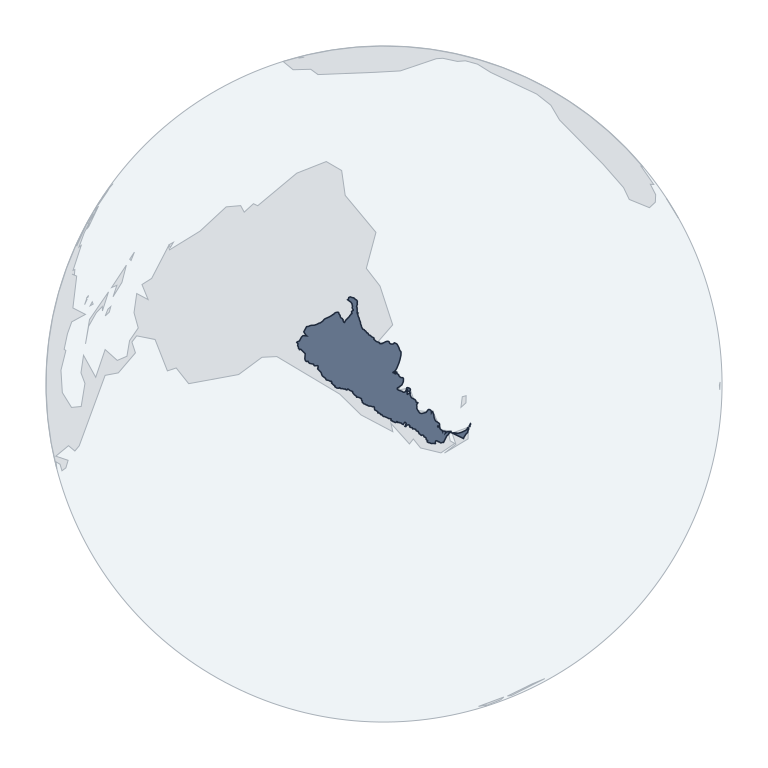 Argentina on an orthographic globe, rotated 298°
{"feature_id": "ARG", "entity_name": "Argentina", "entity_type": "country or territory", "adm_level": 0, "iso_a3": "ARG", "parent_name": "South America", "parent_adm1": "", "projection": "orthographic", "projection_center": [-65.46, -38.417], "detail": "fine", "context": "on_globe", "style": "filled", "palette": "slate", "viewbox_px": 768, "rotation_deg": 298, "n_neighbors": 0, "source": "natural_earth", "source_scale": "50m", "svg_char_len": 9223}
<svg xmlns="http://www.w3.org/2000/svg" viewBox="0 0 768 768"><g transform="rotate(298 384 384)"><circle cx="384" cy="384" r="338" fill="#eef3f6" stroke="#a8b0b8"/><path d="M412.7,47.3L404.4,46.8L380.5,46.2L361.3,47.9L385.6,46.4L388.0,47.6L393.4,48.0L400.2,48.1L403.9,47.7L407.2,48.4L384.4,49.4L381.0,48.7L388.3,48.1L377.0,48.3L361.7,50.4L364.2,51.6L338.4,56.1L339.9,57.3L335.1,59.4L334.5,56.9L335.0,62.0L305.1,73.6L305.3,87.7L292.3,79.1L279.8,80.9L264.5,85.3L264.2,87.4L244.5,92.3L225.4,104.0L216.6,119.1L222.0,127.2L244.1,119.7L251.6,111.2L268.3,105.2L254.6,126.3L283.5,121.6L279.6,137.4L287.8,144.0L302.8,139.0L318.1,140.7L329.6,129.8L347.8,123.2L347.8,136.1L358.2,123.6L368.2,129.3L404.7,128.9L401.8,131.7L432.6,149.8L466.3,161.5L474.2,173.7L470.1,179.9L481.9,184.1L482.1,188.8L529.2,208.0L553.3,228.6L552.6,246.4L532.3,261.2L514.1,305.7L477.8,314.1L468.6,334.5L440.3,363.9L418.3,358.8L424.7,377.0L412.6,386.8L398.3,386.7L396.1,399.6L385.5,399.6L392.7,408.5L376.4,426.0L381.9,441.0L370.3,456.3L374.3,465.5L369.6,465.3L364.9,469.1L364.7,474.4L349.9,466.6L344.7,446.3L349.2,435.7L343.0,434.6L352.5,408.6L346.0,414.2L345.9,378.2L354.3,349.7L357.9,276.5L350.3,263.7L324.1,251.2L292.6,211.4L300.6,193.0L293.9,186.6L315.8,161.0L310.4,143.0L302.7,141.7L294.8,149.9L269.1,144.2L260.7,133.7L186.3,143.9L179.7,142.5L181.4,134.4L166.2,128.1L168.3,140.9L160.6,142.5L156.2,140.4L161.0,135.7L161.3,130.9L155.7,134.9L156.6,134.0L175.9,117.7L196.4,102.9L218.0,89.7L240.4,78.1L263.7,68.2L287.6,60.1L312.1,53.8L337.0,49.4L362.2,46.8L387.4,46.1L412.7,47.3ZM302.7,93.7L336.0,97.5L316.3,101.1L320.2,98.9L311.9,96.5L296.3,96.1L279.3,101.6L302.7,93.7ZM319.3,82.1L313.5,82.4L319.3,81.5L319.3,82.1ZM375.0,484.0L351.4,469.8L364.5,475.8L372.6,467.2L385.4,478.7L375.0,484.0ZM399.5,462.9L409.5,459.1L412.2,462.0L405.9,465.2L399.5,462.9ZM697.2,510.9L696.9,508.8L686.8,528.5L685.4,525.4L678.7,535.0L671.9,538.2L664.3,535.6L662.1,513.9L669.9,503.3L680.9,474.3L699.5,415.1L708.5,400.4L711.7,382.7L709.2,332.2L710.3,316.4L707.6,304.2L703.3,297.4L699.2,283.0L695.8,277.5L668.1,251.4L654.6,229.1L626.2,180.4L627.5,171.6L618.8,156.2L621.4,143.5L638.4,161.6L654.1,180.9L668.3,201.3L680.9,222.7L692.0,244.9L701.4,267.9L709.0,291.6L714.9,315.7L719.1,340.2L721.4,365.0L721.9,389.8L720.5,414.6L717.4,439.3L712.4,463.6L705.7,487.5L697.2,510.9ZM631.6,155.5L634.4,159.2L634.4,159.3L631.6,155.5ZM405.9,128.7L410.2,131.5L404.4,131.3L405.9,128.7ZM313.2,105.9L320.4,105.1L324.1,106.4L318.5,107.7L313.2,105.9ZM374.8,100.9L383.3,101.7L374.3,102.7L374.8,100.9ZM341.3,98.2L368.0,100.7L350.7,104.9L333.8,103.8L345.7,101.8L341.3,98.2ZM315.1,87.8L319.6,87.8L318.0,89.7L315.1,87.8ZM323.5,81.5L321.8,81.9L319.7,80.9L323.5,81.5ZM389.4,47.5L391.3,47.5L398.0,47.7L394.6,47.8L389.4,47.5ZM418.5,47.8L416.8,47.8L429.3,49.4L433.8,50.7L428.2,49.5L424.3,49.4L407.8,47.6L417.7,47.8L418.5,47.8ZM388.9,46.3L398.1,46.7L387.6,46.2L388.9,46.3ZM543.6,679.8L536.5,683.2L540.4,680.7L543.6,679.8ZM668.7,566.0L672.7,559.4L680.6,545.9L668.7,566.0ZM168.6,642.6L166.4,639.4L176.1,646.5L188.9,655.7L199.4,664.3L168.6,642.6ZM159.9,635.2L151.1,627.8L146.5,624.3L149.1,625.7L143.7,618.8L163.9,636.8L159.9,635.2Z" fill="#d9dde1" stroke="#a8b0b8" stroke-width="1"/><path d="M423.9,337.3L422.4,339.6L422.6,340.3L422.6,341.2L422.1,341.8L422.2,342.6L422.1,343.1L421.1,344.8L421.4,345.5L421.1,346.4L420.3,347.2L420.3,348.8L420.5,349.1L419.9,350.9L420.0,353.3L419.5,353.9L418.9,353.9L418.7,354.1L417.9,357.3L418.4,360.4L417.7,361.0L417.9,362.0L418.7,363.3L422.1,365.6L423.2,366.7L423.7,367.8L423.7,368.6L422.7,369.8L422.5,370.9L422.9,372.3L423.7,373.3L424.3,373.7L425.2,373.7L425.3,374.0L425.4,376.1L425.3,376.7L425.0,377.3L423.1,380.1L421.5,381.7L420.9,382.6L420.6,383.6L420.1,384.1L417.5,385.4L413.6,386.5L409.8,387.3L403.9,387.9L401.7,387.8L400.6,387.5L399.6,387.2L399.0,386.6L398.4,386.5L398.2,386.8L398.5,387.6L398.3,388.6L398.4,389.1L399.5,389.9L398.9,389.9L399.4,390.4L399.1,392.6L398.4,393.0L397.8,394.7L397.6,395.7L397.8,396.3L398.4,397.6L398.1,398.4L397.7,398.8L395.1,400.0L392.2,400.2L391.5,400.2L388.8,398.8L386.7,398.1L386.9,397.8L386.6,397.7L385.7,398.1L385.5,398.5L385.4,399.9L385.9,402.6L386.0,403.6L385.8,404.9L386.1,405.7L387.7,406.7L388.0,406.6L387.9,407.2L387.9,407.6L388.5,407.7L389.9,407.5L390.1,406.7L389.3,406.6L389.4,406.4L391.3,405.9L391.8,406.3L392.0,406.9L392.1,407.6L392.0,409.3L391.6,409.9L390.2,410.3L389.7,410.2L388.9,408.5L388.2,408.2L387.5,408.3L386.8,408.9L386.1,409.0L385.9,409.6L387.6,410.5L388.9,410.8L388.4,411.4L386.7,412.1L384.9,414.4L384.7,415.6L384.9,417.2L384.6,417.8L384.8,418.5L384.4,419.7L383.2,420.8L383.0,421.5L383.4,422.0L383.3,422.8L381.0,422.5L379.3,423.8L377.9,424.3L376.6,426.2L375.2,429.0L375.3,430.3L375.7,431.3L378.7,434.5L381.8,435.0L382.4,435.3L382.9,436.4L382.7,437.7L382.3,438.5L381.0,439.3L382.1,439.3L382.4,439.4L382.6,439.9L382.2,440.1L380.3,442.3L377.9,444.0L376.2,445.9L375.4,447.6L375.5,448.1L375.2,451.1L374.7,451.9L373.4,452.6L372.5,451.9L371.8,450.6L371.9,451.3L371.9,451.7L370.7,452.1L372.1,452.1L372.8,452.9L370.9,454.3L370.4,455.5L370.3,457.1L369.5,458.1L370.1,457.9L370.7,459.6L370.9,460.4L370.8,461.0L369.3,461.3L370.4,461.7L370.9,461.5L371.2,461.8L373.4,465.3L373.3,465.6L373.2,465.2L370.4,464.4L369.4,464.5L367.7,463.8L360.4,464.0L360.4,463.5L359.2,462.5L358.6,461.7L358.8,460.3L358.8,459.8L358.4,459.1L358.7,458.7L358.7,458.0L358.4,456.7L357.7,456.4L357.3,456.6L356.4,456.7L355.6,457.4L355.4,457.3L354.6,455.2L353.7,453.9L353.5,452.7L353.6,452.0L353.1,450.8L353.1,450.1L353.3,449.7L353.3,449.2L354.6,449.0L354.5,448.4L354.8,447.3L355.9,446.6L356.3,445.9L356.3,445.2L356.1,444.4L356.5,443.7L357.0,443.4L357.2,442.6L357.0,441.9L356.7,441.4L356.2,441.2L356.2,440.6L356.7,438.8L356.6,438.3L357.5,437.4L357.7,436.8L358.2,436.5L357.9,435.4L357.9,434.4L358.8,433.2L358.4,431.3L357.8,430.4L358.6,429.7L358.7,429.2L358.2,428.5L358.1,427.0L358.3,426.7L359.1,426.6L359.1,426.1L359.6,425.5L359.6,424.9L358.4,423.5L356.6,423.2L356.4,422.4L359.7,422.1L360.1,420.9L360.1,420.5L359.8,420.2L357.2,420.0L357.2,418.4L357.6,417.4L357.1,416.4L357.3,416.0L357.2,415.4L356.5,414.5L356.4,414.0L357.0,413.7L357.0,413.3L356.9,412.9L355.7,412.6L355.2,412.0L355.3,410.7L355.0,409.6L355.4,408.9L355.0,407.9L355.0,407.6L355.4,407.0L356.1,407.0L356.5,406.7L356.5,406.3L355.6,404.1L355.8,403.5L355.5,399.6L355.1,399.0L355.1,398.4L355.6,396.9L356.0,396.5L356.0,396.3L355.5,395.8L355.4,395.4L355.5,395.1L355.9,394.8L356.1,394.4L356.1,393.6L355.6,392.1L355.9,391.9L356.4,391.9L356.8,390.0L356.8,387.9L358.2,386.8L358.8,386.6L359.2,385.8L359.2,385.5L358.6,384.9L358.2,382.6L357.4,381.0L357.3,380.2L357.5,379.1L357.1,378.2L357.4,377.1L357.0,375.6L357.5,374.3L357.5,373.6L358.2,373.0L358.9,372.8L359.0,372.1L359.7,371.3L360.2,371.2L360.5,370.7L360.3,369.7L360.5,369.0L360.2,367.6L359.9,366.4L359.6,366.3L359.5,366.0L360.2,365.4L360.6,362.9L361.7,360.3L362.6,359.8L362.3,356.9L362.7,354.9L362.5,354.3L362.1,354.1L361.5,354.2L361.2,353.9L361.1,352.8L361.4,352.0L360.9,351.5L360.6,350.5L360.6,349.6L360.3,349.4L359.6,347.9L359.6,347.1L359.9,347.0L360.0,346.6L359.6,346.2L359.0,346.0L358.3,344.4L358.4,342.9L358.5,341.9L358.7,341.7L359.1,341.7L359.5,341.2L359.3,340.5L360.1,337.7L360.1,337.4L361.1,337.2L361.7,336.1L361.6,335.8L361.1,335.6L361.2,333.7L360.5,331.2L360.7,330.7L361.5,329.8L362.2,325.8L363.1,324.5L363.3,324.5L364.7,322.9L366.2,318.3L366.9,318.0L367.3,318.3L367.6,318.2L367.8,317.9L368.8,317.5L369.0,317.2L369.0,316.6L367.5,314.3L367.5,313.6L368.4,312.5L367.3,308.7L367.6,307.2L368.4,306.4L367.9,305.4L367.4,304.9L367.7,303.7L369.0,302.3L373.8,300.2L375.6,294.2L374.6,293.2L375.3,292.3L375.4,291.7L376.7,290.9L377.2,289.8L379.1,289.2L379.8,287.4L380.5,287.6L382.3,289.1L386.6,289.1L388.7,289.8L390.2,293.2L390.5,292.0L392.4,288.7L398.3,288.7L399.5,290.4L400.8,291.3L401.7,292.3L403.2,294.9L405.4,296.9L407.0,297.9L407.6,298.5L407.9,299.0L410.7,300.4L412.8,300.8L413.9,301.3L417.6,304.2L420.0,305.7L421.1,306.1L421.8,306.8L423.0,307.0L424.0,307.5L424.7,308.1L425.5,309.2L425.8,309.7L425.8,310.4L424.8,311.3L424.0,313.0L422.8,313.9L422.2,315.0L422.2,316.5L421.4,317.5L421.5,317.7L420.8,318.1L419.8,319.2L419.7,319.6L419.8,320.3L422.1,320.2L427.5,321.8L428.3,321.7L429.6,322.1L430.2,322.0L431.0,322.6L431.3,322.6L432.5,321.4L433.6,321.6L434.4,322.2L434.8,322.2L435.2,321.9L435.7,320.8L436.5,320.0L438.0,319.7L439.1,318.5L439.7,318.3L440.7,316.4L441.3,312.3L442.2,312.7L443.8,312.3L445.1,313.3L445.3,315.0L445.9,317.0L445.7,317.3L445.2,319.6L445.3,320.3L444.6,321.6L443.1,322.3L442.9,322.2L441.9,323.1L440.7,323.1L440.1,323.4L439.3,323.5L438.8,324.4L438.1,324.6L437.7,325.2L437.0,325.3L435.7,326.2L434.4,326.7L434.2,327.0L434.5,327.3L434.5,327.8L433.4,327.6L433.3,328.0L431.5,329.6L430.6,331.0L429.2,332.1L427.5,334.2L426.0,335.1L425.0,336.5L423.9,337.3ZM373.2,479.8L372.7,467.3L373.8,468.7L374.2,469.7L373.8,469.4L373.5,469.6L373.2,470.3L373.3,470.7L374.5,471.0L375.1,472.4L377.7,475.1L381.3,477.8L383.0,478.5L384.3,478.4L385.0,478.6L384.4,479.8L384.0,480.0L382.3,480.0L380.4,480.6L378.3,479.9L374.6,479.6L373.2,479.8ZM387.1,478.9L387.5,479.0L389.6,478.9L389.5,479.2L389.1,479.4L387.9,479.3L386.8,479.9L386.4,479.5L387.1,478.9ZM400.4,388.8L400.4,389.1L400.2,389.1L399.6,388.7L399.4,388.2L400.4,388.8Z" fill="#64748b" stroke="#1e293b" stroke-width="1.5"/></g></svg>